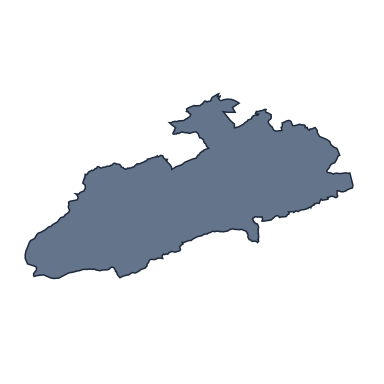 Gicumbi, Northern, Rwanda (Natural Earth projection), rotated 96°
{"feature_id": "39286606B99169436422336", "entity_name": "Gicumbi", "entity_type": "district", "adm_level": 2, "iso_a3": "RWA", "parent_name": "Rwanda", "parent_adm1": "Northern", "projection": "natural_earth1", "projection_center": [30.098, -1.619], "detail": "fine", "context": "isolated", "style": "filled", "palette": "slate", "viewbox_px": 384, "rotation_deg": 96, "n_neighbors": 0, "source": "geoboundaries", "source_scale": "gbopen_adm2", "svg_char_len": 6057}
<svg xmlns="http://www.w3.org/2000/svg" viewBox="0 0 384 384"><g transform="rotate(96 192 192)"><path d="M275.6,350.9L280.7,348.0L282.3,340.3L283.2,338.9L285.5,338.5L289.8,341.0L291.5,340.8L292.5,340.2L291.4,337.5L289.9,331.0L292.2,323.7L292.5,320.5L291.6,315.6L285.1,305.7L284.5,302.8L282.2,296.9L282.1,295.7L280.6,292.9L280.0,289.9L280.1,288.7L279.3,285.9L279.5,286.3L279.0,280.5L279.6,279.3L279.9,275.3L278.8,272.4L278.3,268.2L277.5,266.4L276.4,265.7L275.2,264.1L275.2,262.6L275.6,261.7L278.8,259.3L279.1,259.6L279.8,258.4L281.9,257.7L284.8,254.7L283.1,252.2L281.5,248.3L281.1,246.3L278.4,243.2L278.4,239.6L275.8,235.9L274.6,235.0L272.4,230.5L270.1,229.0L268.5,229.1L266.4,227.7L265.2,227.6L264.0,226.9L263.3,225.9L263.1,221.9L261.4,218.9L261.0,216.5L261.2,214.2L258.8,215.2L256.7,213.8L257.1,212.5L256.4,211.5L256.5,209.7L254.6,208.2L253.1,205.6L253.6,203.7L253.4,201.9L251.6,197.9L250.3,197.4L247.5,198.6L246.7,197.5L245.6,197.1L245.0,195.6L244.4,195.5L243.1,196.5L243.0,194.7L240.7,190.3L240.3,187.8L238.9,186.4L236.3,182.7L235.1,180.0L234.8,178.4L232.4,174.8L232.3,172.6L231.2,171.5L230.4,169.6L229.0,167.5L228.8,166.2L229.2,165.2L228.6,164.2L228.2,162.4L228.6,159.8L228.2,158.6L228.4,157.0L227.1,152.5L225.2,150.1L224.4,147.7L224.7,146.2L224.5,140.5L223.9,138.6L224.8,136.5L225.0,134.6L225.7,134.1L226.7,132.5L227.6,132.7L228.8,131.7L230.7,131.8L233.4,130.2L233.6,128.6L234.0,127.9L234.4,127.9L234.8,126.6L234.3,124.0L234.7,122.3L235.4,121.6L234.2,120.6L232.4,121.0L232.4,121.5L231.1,121.0L230.4,121.2L229.4,120.9L228.9,121.3L226.1,121.6L226.0,122.0L222.2,122.1L222.0,122.5L220.3,122.0L217.5,123.3L217.2,124.1L216.8,124.0L216.7,125.6L215.3,126.7L215.4,127.5L213.7,128.0L213.0,129.0L211.7,128.6L210.8,127.3L210.3,127.3L209.8,125.8L210.2,124.2L209.7,123.1L210.0,121.5L209.4,120.1L209.6,119.6L212.1,118.9L213.5,119.5L213.7,118.4L211.6,110.4L207.7,106.8L206.5,104.8L206.9,103.7L208.2,102.2L207.0,99.4L207.3,99.1L206.6,95.8L204.5,94.5L203.8,93.3L202.9,93.2L201.8,94.0L201.0,89.3L201.7,88.7L200.3,87.0L199.7,86.8L200.4,84.4L198.3,81.6L198.1,79.7L197.1,76.7L196.4,75.8L196.4,75.1L195.6,74.7L195.0,73.8L195.3,72.2L194.5,72.3L194.3,71.8L192.8,70.8L192.3,69.2L191.0,69.1L191.1,68.6L190.0,66.8L190.1,64.3L188.2,63.9L185.6,62.8L186.6,61.6L185.1,56.3L184.7,55.9L183.3,56.7L183.4,55.8L182.4,54.6L181.6,52.6L181.9,49.8L182.6,48.9L182.2,47.4L180.9,46.7L180.1,46.8L179.5,47.5L175.6,47.8L175.4,46.8L175.9,45.7L175.7,45.0L176.2,43.7L175.9,41.3L174.7,38.9L173.5,37.7L171.3,33.5L171.5,33.3L170.9,32.8L168.3,32.7L156.9,36.9L156.6,37.0L157.1,39.1L156.9,41.3L158.3,47.0L158.1,50.6L159.3,53.3L158.5,56.2L158.4,59.2L157.5,60.1L156.2,59.9L153.7,58.1L151.2,57.4L149.1,55.4L147.9,53.0L144.5,51.5L141.1,50.6L140.1,48.9L133.5,52.4L132.5,55.6L130.7,58.4L129.6,59.3L127.4,60.2L125.5,63.9L123.5,70.9L119.8,73.6L117.6,73.9L115.0,76.3L117.0,80.1L116.9,81.1L118.3,81.9L116.7,84.1L115.7,84.2L116.2,86.1L114.3,86.3L113.6,87.3L113.8,91.0L113.3,91.8L115.3,96.7L115.4,98.7L113.2,100.2L112.2,100.4L111.2,101.4L110.7,102.5L110.8,103.5L111.6,105.8L112.5,106.7L113.0,108.0L113.5,108.1L113.8,109.5L116.5,109.1L118.0,109.3L118.4,110.1L121.5,109.0L122.7,115.2L121.6,117.7L119.1,118.9L117.8,120.9L115.0,123.4L112.9,123.3L111.4,121.6L110.4,121.0L106.9,121.3L105.3,125.2L105.3,126.5L103.6,127.5L102.2,126.9L102.1,127.9L103.9,131.4L104.3,133.2L105.1,134.5L105.1,136.4L107.2,137.1L107.7,133.9L108.9,134.9L108.9,137.1L109.8,139.1L110.4,139.2L111.5,140.3L113.0,140.4L114.6,144.0L116.0,144.6L117.0,146.1L119.3,148.1L122.2,152.2L124.0,156.8L123.3,156.1L122.6,156.7L120.0,156.9L117.0,161.2L108.9,169.3L109.0,164.5L108.2,157.4L103.8,160.6L98.7,154.4L96.9,158.2L95.8,162.1L95.9,166.4L96.9,170.2L98.1,172.5L97.9,173.8L96.2,175.4L94.7,174.2L93.7,174.1L94.2,174.9L94.5,176.8L91.5,175.6L91.8,176.4L95.7,181.7L97.8,182.7L98.9,182.6L99.9,183.7L100.1,185.4L101.0,186.6L100.3,187.4L100.2,188.9L102.7,190.6L103.1,190.5L103.7,191.7L105.2,193.0L106.0,197.8L105.7,198.8L108.4,203.9L110.0,206.1L111.6,205.6L112.5,206.0L112.8,205.0L112.6,204.1L114.1,203.1L114.9,201.3L117.5,202.1L118.4,203.7L119.3,204.2L120.2,206.1L121.8,207.5L122.6,212.5L123.6,214.6L123.5,216.4L124.4,218.8L125.3,219.9L125.4,221.7L127.0,219.7L129.9,214.9L131.8,216.0L132.8,216.0L133.0,215.7L134.0,216.7L135.9,217.1L136.4,216.7L135.9,213.5L135.0,212.8L135.3,211.6L133.4,208.7L133.8,204.1L133.3,202.9L133.9,201.9L133.9,200.5L132.1,196.2L131.8,194.5L133.0,192.2L137.2,190.1L137.5,188.0L139.1,186.0L140.7,185.5L142.1,184.6L142.4,183.5L145.0,182.3L146.7,180.0L149.2,184.8L150.3,185.2L150.5,186.3L151.4,186.7L151.8,187.7L154.1,188.9L155.1,190.2L157.9,191.4L159.1,194.8L163.2,202.3L165.8,204.7L168.6,210.6L171.7,214.4L168.9,215.2L166.3,217.6L165.0,219.6L163.8,220.3L162.1,219.9L162.2,220.9L163.0,221.5L162.3,221.9L161.0,223.9L159.0,224.9L158.8,227.0L160.3,228.7L160.5,229.3L159.6,230.4L160.8,230.8L160.8,231.5L162.0,234.8L163.5,237.7L163.9,239.8L165.8,240.4L166.3,242.1L167.6,243.5L167.9,244.6L169.2,246.5L169.8,249.7L170.5,249.9L171.2,251.1L173.0,252.3L173.7,254.2L174.4,255.1L174.7,256.9L175.1,257.3L175.0,258.7L176.0,259.2L176.3,260.6L175.9,260.9L175.8,262.3L174.8,263.1L174.9,264.2L174.3,265.2L173.5,265.4L172.1,266.9L172.1,269.6L171.5,271.4L171.6,272.6L173.0,274.1L173.5,274.3L174.2,275.3L174.0,275.8L175.0,276.8L175.2,279.3L176.3,280.8L176.7,283.3L177.7,284.7L177.4,286.1L176.5,287.4L176.6,288.3L177.1,289.0L178.0,289.1L178.7,289.7L178.8,290.8L180.6,292.1L181.1,293.6L180.9,294.0L182.3,295.6L182.3,296.3L183.8,297.5L184.8,297.6L185.4,298.4L185.6,299.7L185.9,299.3L186.0,299.7L186.3,299.4L187.2,300.2L189.6,300.1L189.6,300.5L194.1,301.5L194.8,301.4L196.0,299.3L197.1,298.8L199.7,298.5L201.0,299.3L202.0,299.2L204.2,303.2L206.0,304.5L206.0,307.5L206.7,306.4L209.2,304.6L211.8,305.3L214.1,312.7L215.1,313.7L217.5,313.1L219.3,313.5L220.5,313.3L222.8,311.8L224.8,312.4L226.5,313.8L227.7,315.6L230.1,316.9L230.9,319.2L232.0,320.5L235.7,322.6L239.3,327.5L240.6,328.2L241.8,331.0L244.7,333.7L247.7,337.8L248.8,340.4L250.4,341.8L254.7,343.7L257.2,347.5L259.0,348.4L268.2,351.0L272.0,351.3L275.6,350.9Z" fill="#64748b" stroke="#1e293b" stroke-width="1.5"/></g></svg>